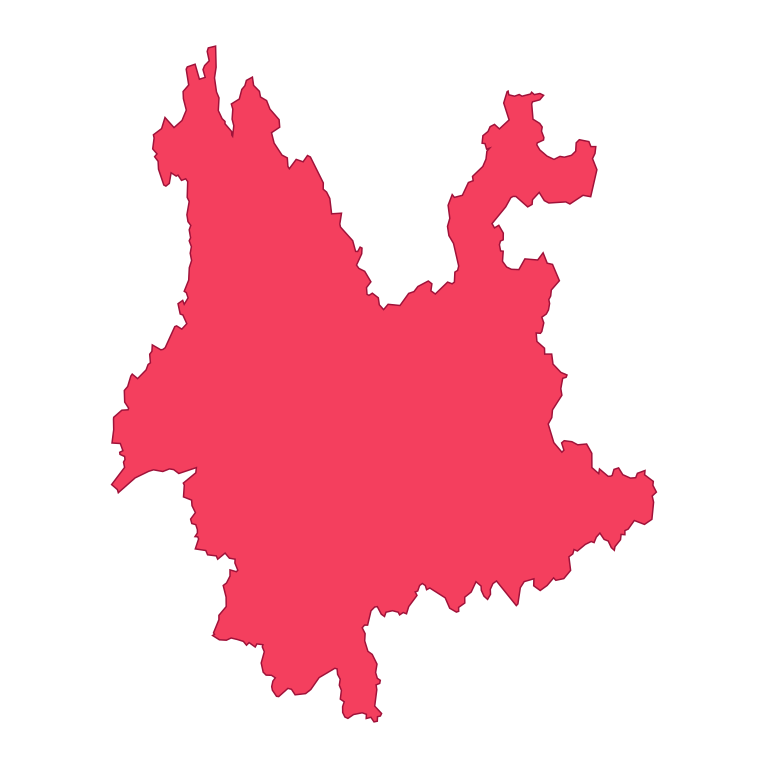 an SVG outline of Yunnan
{"feature_id": "CHN-1810", "entity_name": "Yunnan", "entity_type": "Province", "adm_level": 1, "iso_a3": "CHN", "parent_name": "China", "parent_adm1": "", "projection": "equal_earth", "projection_center": [102.236, 25.179], "detail": "fine", "context": "isolated", "style": "filled", "palette": "rose", "viewbox_px": 768, "rotation_deg": 0, "n_neighbors": 0, "source": "natural_earth", "source_scale": "10m", "svg_char_len": 6094}
<svg xmlns="http://www.w3.org/2000/svg" viewBox="0 0 768 768"><path d="M384.5,616.5L381.3,614.2L377.3,606.6L374.7,607.0L371.0,610.8L367.6,625.1L364.5,625.1L362.2,627.8L365.1,633.6L364.7,640.9L367.9,651.3L372.2,654.4L377.0,664.1L375.6,672.5L377.3,678.3L380.3,680.3L379.7,683.4L376.1,684.9L376.8,689.7L374.7,706.1L381.6,713.5L380.4,716.0L377.5,716.7L377.3,721.2L374.0,721.9L370.9,717.3L366.2,718.5L366.4,714.3L362.2,712.8L353.6,714.5L347.9,718.4L344.9,717.0L342.7,712.5L342.6,706.7L344.2,701.8L340.3,699.1L341.4,690.4L339.3,685.2L340.2,679.2L337.6,674.4L337.1,668.9L334.8,668.3L319.1,677.6L310.8,689.5L305.6,693.6L295.1,694.8L291.5,689.3L287.9,688.4L278.7,696.6L276.5,696.3L272.4,690.2L271.7,686.6L272.9,681.1L275.3,677.8L271.5,675.3L266.1,675.1L263.2,672.2L261.2,663.0L264.3,651.7L262.3,646.9L262.9,644.7L256.9,643.9L255.2,647.0L249.1,642.6L246.5,645.2L243.4,641.4L237.4,639.5L231.1,638.0L226.4,640.2L219.4,639.8L212.6,635.5L214.5,634.3L213.5,632.9L218.9,619.7L218.9,615.3L226.2,606.6L226.1,597.1L223.2,585.5L226.5,583.0L230.0,576.1L230.0,569.9L236.4,571.7L237.8,570.2L234.9,563.0L235.1,559.2L229.4,558.2L225.1,553.1L217.7,559.2L216.3,555.9L207.6,554.8L205.8,550.5L195.3,548.9L198.6,538.9L197.7,536.8L195.0,536.6L197.4,533.0L197.4,529.7L195.8,524.7L191.8,523.5L190.6,519.1L195.4,512.6L192.0,505.7L191.6,500.1L183.5,496.9L184.3,485.1L183.3,483.1L195.8,472.8L196.4,467.6L178.8,473.5L173.7,469.6L169.4,468.9L162.8,471.5L153.5,469.8L148.7,471.3L135.1,477.9L118.3,492.7L117.4,489.6L111.6,484.6L124.6,467.4L123.5,462.1L125.0,459.5L124.6,456.5L120.0,454.4L119.7,452.3L122.9,450.7L120.3,443.5L112.0,443.0L113.7,429.7L113.5,419.1L113.7,417.3L121.8,410.2L128.1,409.8L128.6,408.1L124.7,402.1L124.3,390.5L127.7,386.5L130.8,376.1L132.2,374.1L137.6,378.6L146.1,369.9L148.1,364.5L150.4,362.8L149.7,354.2L151.9,351.3L152.3,344.9L160.8,349.8L163.0,349.4L165.2,347.7L174.8,326.6L176.6,325.9L181.8,329.1L186.8,323.7L182.9,315.0L180.2,314.0L178.0,303.7L182.7,300.4L184.2,304.3L188.1,297.9L186.3,292.6L184.2,291.3L188.7,280.1L189.3,267.7L191.6,260.5L190.2,253.2L191.4,246.7L189.2,240.8L190.6,237.8L189.2,229.8L190.8,225.4L188.0,221.7L186.9,214.8L189.2,201.5L187.2,197.4L187.7,181.6L185.7,178.8L181.5,180.4L178.0,175.1L176.2,176.1L171.1,172.8L169.3,183.4L165.9,186.1L163.8,185.0L158.5,169.2L158.1,161.3L154.6,156.7L157.0,153.9L152.7,148.9L154.1,138.0L153.4,134.8L161.6,128.6L165.0,117.5L174.0,127.6L182.0,120.5L186.3,110.1L183.4,98.7L183.1,91.5L188.7,85.0L186.2,69.2L187.3,66.9L195.1,64.2L199.4,79.2L205.2,77.4L203.0,69.6L204.6,65.6L209.2,60.8L207.2,51.4L208.3,47.9L215.6,46.1L216.1,67.3L214.5,77.9L216.5,92.0L219.0,97.9L218.3,110.6L222.1,118.7L225.0,121.4L225.0,123.8L231.6,131.5L231.8,135.2L232.6,136.3L233.8,125.7L232.1,119.2L232.8,109.1L231.3,104.0L239.3,99.0L241.8,89.4L244.9,85.7L246.4,80.4L252.4,77.1L253.6,85.4L259.4,91.3L260.5,97.0L266.6,100.6L269.9,109.1L279.1,119.7L279.7,127.2L271.5,132.7L274.1,143.1L282.0,155.1L287.3,157.9L287.9,166.4L289.3,168.7L296.2,159.4L303.1,161.8L307.5,155.5L310.4,157.0L323.3,182.9L323.2,189.2L326.6,192.1L329.8,198.5L331.6,213.8L341.5,213.2L339.8,224.0L340.5,227.1L352.7,240.7L355.6,251.4L357.7,251.5L360.1,247.1L362.0,248.1L361.7,253.8L356.5,265.1L358.9,268.4L364.7,271.3L370.9,281.8L366.5,287.6L367.0,294.3L369.0,295.4L372.3,293.2L378.3,297.8L379.3,304.8L383.6,309.6L388.1,304.3L400.0,305.5L408.7,293.4L414.0,291.6L417.9,286.5L428.3,281.0L431.9,283.8L430.9,290.8L435.3,294.0L447.6,282.1L452.1,283.8L454.4,282.1L454.9,272.1L457.6,270.4L458.7,266.1L453.5,243.4L448.9,235.6L447.5,226.4L449.8,218.3L448.1,205.3L452.2,194.6L454.4,197.4L462.4,195.3L468.4,182.5L473.2,180.7L472.5,176.4L482.8,166.5L486.0,159.1L486.9,151.2L489.7,148.1L486.6,149.1L485.0,143.6L482.1,143.2L482.9,135.7L488.0,131.5L490.1,126.7L494.5,124.4L499.4,128.9L509.1,119.9L503.7,103.0L507.1,91.7L508.1,91.1L508.8,94.8L514.6,96.2L519.2,94.5L522.0,96.2L530.6,94.0L531.6,92.2L534.3,94.6L539.9,93.5L543.6,95.3L539.8,99.8L532.5,101.8L531.7,103.9L533.0,119.2L539.7,123.4L542.2,127.0L541.5,131.2L543.9,137.6L543.5,140.0L537.2,142.9L536.8,144.8L539.8,149.9L547.0,156.1L554.0,159.4L560.0,156.4L564.4,157.2L571.5,155.3L575.7,151.2L576.2,142.8L579.3,139.7L588.9,141.6L590.9,146.6L595.8,146.6L595.0,153.4L592.5,158.6L596.9,169.7L590.7,196.7L583.0,195.3L569.9,204.0L565.8,201.9L548.8,203.0L544.3,200.6L539.2,192.4L532.5,199.7L532.1,204.4L527.7,206.9L516.0,196.5L513.1,196.4L510.8,197.7L505.7,206.9L492.0,223.6L494.5,227.9L498.8,225.3L503.3,233.1L503.2,239.8L500.5,241.0L499.4,244.7L500.6,250.9L503.2,251.2L502.5,261.3L506.6,267.0L511.4,269.3L518.9,269.6L524.9,258.9L537.7,260.0L543.1,252.8L547.2,263.2L552.5,264.4L559.4,280.7L551.3,290.0L550.7,296.0L548.8,299.6L549.6,303.5L548.5,309.9L546.3,314.0L541.8,317.2L543.8,322.9L541.8,331.5L540.4,333.3L536.2,333.0L536.9,341.5L544.5,348.2L544.7,354.1L551.7,354.1L553.0,364.1L560.9,372.4L567.0,375.0L566.1,377.3L562.7,378.3L560.8,388.7L561.9,395.2L552.5,409.9L551.8,417.6L548.2,424.0L553.8,442.6L561.9,452.2L563.9,450.2L561.6,442.9L564.2,440.7L571.9,441.7L577.7,444.8L586.6,444.0L591.8,453.3L591.9,467.6L598.7,473.6L599.5,469.0L608.1,476.3L610.6,476.2L612.2,475.4L614.0,469.4L618.6,467.9L622.8,474.7L630.4,478.1L635.7,477.7L637.4,473.3L645.0,470.5L644.6,474.8L653.3,481.4L652.9,485.3L656.4,492.1L652.2,496.0L653.6,502.2L651.9,519.3L644.5,524.4L634.3,520.5L628.2,529.1L624.9,530.6L624.9,534.7L621.1,534.4L620.5,539.7L615.0,546.6L614.3,550.3L611.3,547.6L608.2,541.0L604.1,539.4L599.9,533.1L596.3,537.1L594.1,542.6L591.2,541.5L585.3,544.4L577.4,551.0L574.0,549.5L572.8,553.9L568.9,556.8L570.6,570.4L563.8,578.6L555.8,580.3L553.6,577.9L547.1,585.5L540.2,590.5L533.7,585.8L533.9,578.8L524.2,581.6L520.3,587.7L517.9,603.9L516.3,605.6L496.5,581.0L492.9,583.6L490.3,589.3L490.5,594.3L487.6,599.4L484.0,596.2L481.3,590.3L481.1,586.1L476.0,581.7L471.2,592.0L464.7,597.2L464.8,603.0L458.6,607.4L458.7,611.3L456.4,612.1L449.7,608.2L445.2,597.8L429.8,588.0L426.6,589.7L425.3,585.5L422.3,583.5L419.6,585.5L417.7,591.0L415.2,591.9L417.0,595.4L408.7,606.6L406.5,613.8L403.2,612.5L399.6,614.9L398.2,612.2L392.5,610.7L386.0,612.2L384.5,616.5Z" fill="#f43f5e" stroke="#9f1239" stroke-width="1.5"/></svg>